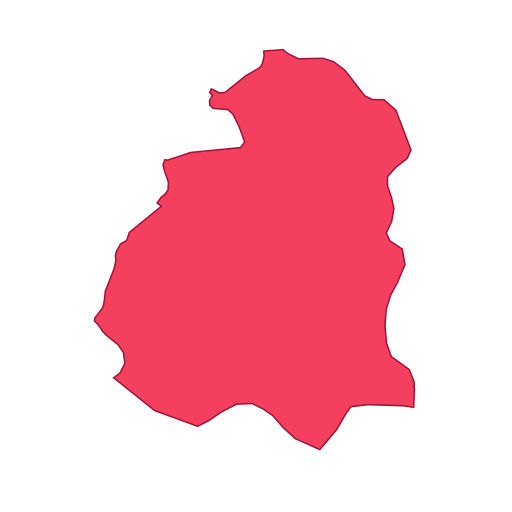 the border of Nayala, rotated 81°
{"feature_id": "BFA-2807", "entity_name": "Nayala", "entity_type": "Province", "adm_level": 1, "iso_a3": "BFA", "parent_name": "Burkina Faso", "parent_adm1": "", "projection": "orthographic", "projection_center": [-3.069, 12.674], "detail": "fine", "context": "isolated", "style": "filled", "palette": "rose", "viewbox_px": 512, "rotation_deg": 81, "n_neighbors": 0, "source": "natural_earth", "source_scale": "10m", "svg_char_len": 1371}
<svg xmlns="http://www.w3.org/2000/svg" viewBox="0 0 512 512"><g transform="rotate(81 256 256)"><path d="M457.2,223.3L442.5,245.8L430.0,255.8L416.2,264.5L408.3,272.7L401.1,282.9L399.3,298.5L404.8,315.0L411.3,328.6L415.1,340.3L392.8,380.3L354.0,415.7L350.6,409.0L341.7,402.4L330.7,402.0L322.1,406.1L310.4,416.6L306.4,419.2L299.1,422.7L294.9,425.7L292.0,424.8L283.0,415.4L277.4,413.1L267.1,410.3L246.3,398.1L239.0,395.3L233.4,394.7L229.7,393.2L223.3,388.2L222.4,386.9L221.0,382.6L220.1,381.1L212.9,377.5L192.0,341.6L188.2,345.5L183.3,340.7L180.5,336.0L176.7,332.4L169.2,331.0L157.0,333.2L151.1,333.5L146.6,330.9L147.5,328.4L143.5,304.4L146.5,254.3L141.7,249.4L125.8,252.4L112.1,256.7L107.0,260.9L103.5,275.1L99.8,278.1L95.1,277.6L90.8,274.0L88.2,275.6L87.5,276.2L83.9,274.0L89.3,266.4L89.6,261.0L76.3,237.8L71.3,224.8L69.4,221.4L66.2,219.3L59.7,216.7L54.8,216.3L56.4,197.1L60.9,193.0L67.8,183.3L71.2,159.0L76.1,149.1L86.5,139.1L114.7,123.6L119.7,116.4L121.6,105.2L133.9,95.0L175.6,86.3L183.3,91.4L190.4,104.2L198.3,113.8L207.6,115.1L219.3,113.0L230.8,112.4L243.1,116.6L253.7,123.7L261.8,121.5L272.0,110.5L287.8,110.2L304.2,120.4L315.8,129.2L329.2,135.8L344.7,139.4L362.2,140.8L376.5,138.1L392.2,122.4L404.8,119.6L412.6,120.4L430.1,123.9L426.9,134.4L420.3,169.0L419.7,185.7L425.0,191.2L440.1,203.5L457.2,223.3Z" fill="#f43f5e" stroke="#9f1239" stroke-width="1.5"/></g></svg>